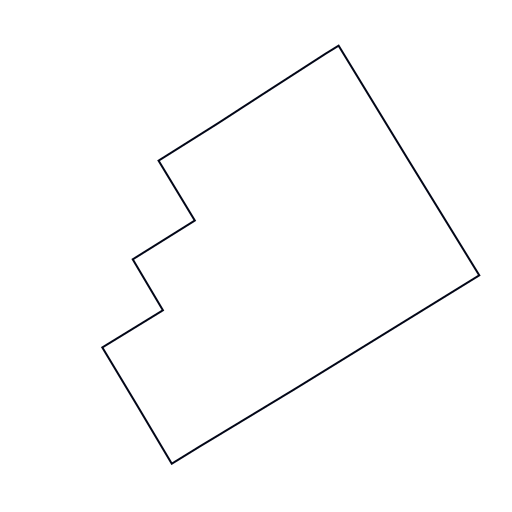 Medina, Ohio, United States of America (Natural Earth projection), rotated 328°
{"feature_id": "52423323B44345511959461", "entity_name": "Medina", "entity_type": "district", "adm_level": 2, "iso_a3": "USA", "parent_name": "United States of America", "parent_adm1": "Ohio", "projection": "natural_earth1", "projection_center": [-81.932, 41.133], "detail": "fine", "context": "isolated", "style": "outline", "palette": "ink", "viewbox_px": 512, "rotation_deg": 328, "n_neighbors": 0, "source": "geoboundaries", "source_scale": "gbopen_adm2", "svg_char_len": 379}
<svg xmlns="http://www.w3.org/2000/svg" viewBox="0 0 512 512"><g transform="rotate(328 256 256)"><path d="M435.1,390.7L436.1,253.1L437.5,121.4L422.5,121.3L346.2,122.4L323.0,122.8L294.1,123.3L223.9,123.5L222.9,193.5L149.7,193.5L148.3,252.7L77.2,252.1L76.0,320.8L74.5,387.5L107.3,387.7L145.0,388.3L220.3,389.4L435.1,390.7Z" fill="none" stroke="#020617" stroke-width="2"/></g></svg>